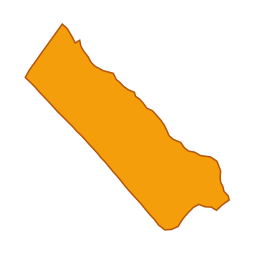 Balneário Rincão, Santa Catarina, Brazil (Equal Earth projection), rotated 94°
{"feature_id": "56859067B51048892739897", "entity_name": "Balneário Rincão", "entity_type": "district", "adm_level": 2, "iso_a3": "BRA", "parent_name": "Brazil", "parent_adm1": "Santa Catarina", "projection": "equal_earth", "projection_center": [-49.252, -28.826], "detail": "fine", "context": "isolated", "style": "filled", "palette": "amber", "viewbox_px": 256, "rotation_deg": 94, "n_neighbors": 0, "source": "geoboundaries", "source_scale": "gbopen_adm2", "svg_char_len": 1199}
<svg xmlns="http://www.w3.org/2000/svg" viewBox="0 0 256 256"><g transform="rotate(94 128 128)"><path d="M84.8,234.0L89.4,228.4L93.1,224.1L98.2,219.1L103.2,213.5L106.4,210.0L111.9,204.2L117.1,198.9L121.5,193.6L127.3,187.0L131.2,182.5L134.7,179.0L138.6,174.3L142.4,170.2L146.5,166.1L150.9,161.4L155.2,156.8L159.3,153.2L163.6,148.3L168.6,143.6L172.7,139.8L175.9,136.4L180.9,131.6L185.3,127.6L188.8,124.3L193.4,119.6L197.1,115.7L202.3,110.1L208.7,104.2L213.5,99.5L217.3,95.4L222.7,90.7L227.1,84.2L226.2,77.5L222.7,71.1L218.1,68.8L213.8,66.2L208.5,62.3L202.5,57.1L199.3,51.9L201.2,45.9L201.1,39.6L203.9,34.0L198.0,28.5L192.7,22.0L188.5,23.5L184.6,27.8L179.8,29.3L175.4,31.9L170.8,32.6L164.5,32.6L158.7,35.2L154.8,37.2L151.1,43.7L150.5,53.6L147.4,60.1L146.9,65.9L143.9,70.3L138.9,74.3L136.0,82.5L132.7,86.6L127.3,89.3L122.4,92.2L117.4,96.3L109.1,104.8L107.0,110.5L101.7,115.0L98.5,118.3L95.9,122.6L91.9,124.1L89.8,130.5L86.7,135.5L83.2,139.2L80.4,143.1L74.5,146.5L72.5,156.8L68.7,165.3L65.1,169.4L60.0,172.6L54.1,177.8L49.5,180.8L43.8,182.3L46.9,186.6L41.4,189.8L33.3,195.4L28.9,200.8L60.6,220.4L68.6,225.2L73.2,228.1L77.7,230.8L84.8,234.0Z" fill="#f59e0b" stroke="#b45309" stroke-width="1.5"/></g></svg>